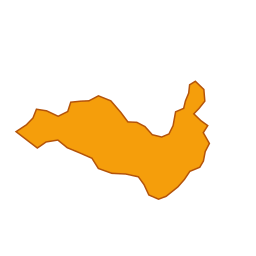 Jandira, São Paulo, Brazil, rotated 314°
{"feature_id": "56859067B1128706111165", "entity_name": "Jandira", "entity_type": "district", "adm_level": 2, "iso_a3": "BRA", "parent_name": "Brazil", "parent_adm1": "São Paulo", "projection": "natural_earth1", "projection_center": [-46.897, -23.541], "detail": "fine", "context": "isolated", "style": "filled", "palette": "amber", "viewbox_px": 256, "rotation_deg": 314, "n_neighbors": 0, "source": "geoboundaries", "source_scale": "gbopen_adm2", "svg_char_len": 804}
<svg xmlns="http://www.w3.org/2000/svg" viewBox="0 0 256 256"><g transform="rotate(314 128 128)"><path d="M47.6,50.0L49.1,63.5L50.6,76.7L61.1,78.8L70.6,85.9L71.6,98.0L75.8,108.6L81.2,123.1L78.3,134.8L84.2,147.9L93.3,158.3L100.1,169.4L98.4,178.9L94.3,189.5L98.0,199.4L105.4,202.9L120.4,204.8L130.2,204.3L139.8,202.6L149.6,206.9L156.6,205.2L164.7,199.9L173.4,197.3L176.9,185.4L185.1,183.7L183.9,175.3L183.9,165.5L191.3,165.5L200.7,164.6L208.4,155.8L208.4,144.0L201.9,142.3L195.3,147.4L187.4,150.5L180.8,154.4L172.7,151.0L161.0,158.8L152.2,161.6L144.9,158.5L140.0,150.1L140.8,139.2L138.2,130.4L132.3,123.7L134.2,112.0L135.6,96.8L130.6,84.4L120.4,81.0L114.5,75.4L106.8,68.9L98.0,73.2L87.9,69.6L83.8,57.5L77.9,49.1L69.2,52.7L59.7,52.7L47.6,50.0Z" fill="#f59e0b" stroke="#b45309" stroke-width="1.5"/></g></svg>